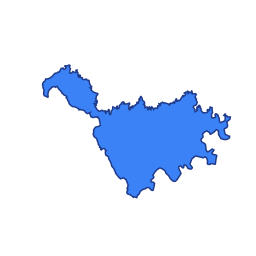 Tsuili-Tsuili, Leribe, Lesotho (Albers equal-area conic projection), rotated 205°
{"feature_id": "5366337B67330505907526", "entity_name": "Tsuili-Tsuili", "entity_type": "district", "adm_level": 2, "iso_a3": "LSO", "parent_name": "Lesotho", "parent_adm1": "Leribe", "projection": "albers", "projection_center": [27.748, -29.04], "detail": "fine", "context": "isolated", "style": "filled", "palette": "blue", "viewbox_px": 256, "rotation_deg": 205, "n_neighbors": 0, "source": "geoboundaries", "source_scale": "gbopen_adm2", "svg_char_len": 5899}
<svg xmlns="http://www.w3.org/2000/svg" viewBox="0 0 256 256"><g transform="rotate(205 128 128)"><path d="M81.4,187.6L84.1,186.1L84.8,186.5L84.8,187.5L85.9,188.5L86.1,188.2L85.7,186.9L86.4,186.5L87.6,186.5L87.9,184.9L88.8,186.4L89.7,186.5L89.8,185.4L90.8,184.9L91.7,183.5L90.3,183.4L89.9,182.7L90.9,180.1L91.7,180.8L92.0,180.6L92.7,174.8L93.9,174.4L94.5,173.1L95.0,172.8L96.1,174.7L96.6,174.8L96.7,172.3L96.3,170.3L96.6,170.1L97.8,170.7L98.3,169.0L99.6,168.7L100.4,167.7L99.8,167.0L100.1,166.4L101.8,166.8L105.3,166.3L106.7,165.8L107.5,166.0L107.9,165.0L108.8,164.5L108.4,162.6L109.9,163.2L110.3,163.1L109.2,161.6L109.6,160.7L110.4,160.5L109.6,159.4L109.8,158.1L111.0,158.1L111.7,157.3L112.6,156.9L112.6,155.7L115.4,157.3L115.6,156.6L114.9,156.0L115.3,155.1L115.0,154.2L115.8,154.3L116.7,155.9L117.6,156.2L117.7,155.6L116.5,154.8L117.5,154.1L117.7,153.0L118.1,153.1L118.2,154.1L119.1,155.1L120.3,154.7L121.2,153.5L121.8,154.1L122.3,155.8L123.9,156.0L123.3,157.2L124.0,158.3L124.5,158.7L126.3,159.1L128.4,161.5L129.7,162.0L129.9,161.7L129.6,160.8L130.3,158.8L128.9,158.5L129.8,156.7L129.1,155.0L130.7,154.9L130.2,153.3L131.0,152.2L131.1,151.5L132.0,150.1L133.1,150.0L133.6,149.4L133.6,148.8L132.6,149.1L132.3,148.6L133.2,147.7L133.9,148.5L134.3,148.4L134.5,146.9L134.1,145.2L134.9,145.2L135.6,145.9L135.6,147.2L136.8,148.4L136.6,150.4L137.2,151.2L139.7,148.9L140.9,148.8L142.0,147.9L142.4,148.1L142.4,149.6L143.6,149.6L144.6,147.8L144.3,146.4L145.0,145.6L145.3,144.2L144.5,142.8L145.0,141.4L145.9,140.8L146.3,142.3L147.0,143.2L147.3,142.8L147.1,141.6L147.4,140.7L150.6,140.8L149.8,137.9L150.3,136.4L149.7,134.6L149.6,133.0L150.1,132.5L150.7,132.8L152.4,136.2L153.2,136.6L153.5,136.3L153.1,135.6L153.1,134.6L154.5,134.1L154.4,132.1L155.2,132.5L155.7,133.9L158.1,132.8L159.1,133.1L161.0,131.0L163.3,131.4L167.3,133.8L166.3,134.9L166.5,135.6L167.0,135.8L168.5,135.4L169.0,135.7L167.3,136.5L166.6,137.8L167.6,138.5L168.8,138.1L168.6,138.7L167.3,139.3L167.7,139.8L169.7,140.6L169.6,141.8L170.2,143.7L169.6,145.5L169.9,146.4L174.1,145.9L177.4,146.8L177.7,148.2L179.3,148.4L178.3,149.4L178.3,150.0L180.8,151.2L183.1,153.9L183.3,154.6L185.5,154.2L186.7,154.7L187.9,153.4L189.7,153.0L190.9,154.3L192.8,153.6L193.3,155.3L194.1,155.7L194.3,155.3L194.1,153.8L194.5,153.3L195.5,154.4L196.5,156.6L198.4,158.0L198.7,159.0L199.6,158.2L198.7,156.8L199.1,155.9L201.9,155.8L202.3,153.8L204.3,153.4L205.0,155.5L205.1,157.2L206.7,158.3L207.0,160.1L207.8,160.3L209.8,158.3L211.3,157.9L211.4,157.2L209.7,156.6L209.8,155.0L210.7,154.1L212.2,154.9L213.8,153.7L213.8,151.1L214.2,149.4L215.0,149.2L215.7,147.8L217.4,146.6L218.6,142.5L220.3,139.7L222.4,137.9L223.3,137.7L223.1,135.3L223.8,134.5L224.1,132.8L223.8,131.2L222.7,130.2L222.6,129.4L221.5,128.0L220.3,127.3L218.9,123.3L217.6,122.0L216.7,121.9L215.9,122.1L213.9,121.9L213.5,122.4L215.0,125.0L215.6,128.1L215.3,129.9L214.5,131.2L214.5,132.6L211.8,134.7L210.8,134.3L209.8,135.8L207.7,134.3L202.9,132.3L202.4,131.5L201.6,131.6L200.0,130.9L197.2,130.9L196.7,130.6L196.9,129.4L194.8,128.3L194.0,127.2L192.8,126.7L191.7,125.2L189.4,124.3L187.2,124.0L184.8,124.8L183.3,124.8L180.2,124.4L180.2,123.8L179.1,124.2L178.6,124.7L176.3,125.2L174.1,125.1L173.0,124.2L171.0,123.9L170.4,124.2L168.8,126.1L168.8,125.0L167.6,123.7L166.9,123.5L166.5,122.6L165.4,122.6L164.1,122.7L161.8,124.4L160.9,124.6L160.4,125.3L159.9,125.3L159.6,124.6L157.7,123.9L156.4,121.7L155.6,121.1L154.3,118.7L154.7,117.7L157.9,114.9L158.4,111.8L157.4,110.0L156.8,107.3L155.5,106.6L155.2,105.9L151.7,105.1L150.5,103.4L149.3,102.6L148.1,100.7L145.9,99.4L145.5,98.4L144.3,98.7L143.6,96.9L142.9,96.9L142.1,98.6L140.8,99.4L139.7,99.0L139.2,98.3L138.2,98.2L138.6,97.6L138.2,96.2L137.1,94.5L136.1,93.8L135.1,94.1L133.4,93.4L132.4,91.9L128.9,89.4L126.5,86.5L123.4,85.1L122.2,83.7L120.4,82.6L120.3,81.9L115.6,79.5L113.3,78.8L110.9,81.0L107.6,80.1L104.1,76.7L103.2,74.6L103.5,73.1L102.6,72.8L102.6,72.2L102.0,71.9L102.3,71.3L101.8,70.1L102.0,69.4L100.8,68.1L97.6,68.4L93.7,67.5L93.5,68.3L90.6,68.6L91.0,70.6L90.0,72.8L90.1,74.9L89.8,76.5L88.3,78.9L86.5,80.4L85.6,82.2L83.6,82.8L81.0,81.7L79.6,81.6L78.9,82.4L80.4,88.9L81.9,89.6L84.4,89.0L85.0,89.6L84.9,91.1L83.7,93.8L83.9,94.5L85.5,95.8L85.1,99.1L84.0,102.7L82.4,105.1L81.4,105.5L77.7,105.3L75.4,104.2L74.6,103.1L70.9,101.9L68.4,100.1L65.5,99.0L63.6,99.1L62.6,99.8L61.8,101.4L60.7,109.1L65.2,113.2L65.6,114.5L65.1,115.4L64.2,115.9L62.1,115.0L61.2,115.1L60.9,116.0L61.6,117.9L60.9,118.6L58.8,118.4L56.5,116.7L54.4,117.0L53.3,117.7L52.9,118.6L53.1,119.5L55.7,120.8L56.4,121.4L56.7,122.4L57.1,126.8L55.3,130.8L54.3,131.4L47.3,132.8L45.5,134.5L44.3,134.1L43.0,133.0L41.9,131.5L41.1,129.3L40.3,128.9L38.4,129.5L37.6,131.0L34.1,131.8L33.6,132.2L35.3,137.7L35.8,140.4L36.8,140.8L39.6,140.0L41.3,140.5L41.4,141.1L40.7,143.9L41.0,144.5L42.8,144.5L44.9,140.9L45.7,140.0L46.3,140.0L48.1,141.4L50.7,145.6L51.9,146.3L55.3,146.5L57.2,148.5L56.2,151.1L56.5,152.2L57.9,154.0L57.3,155.8L56.2,157.8L55.0,158.7L52.0,158.2L51.1,157.2L50.4,157.3L48.3,160.7L47.2,163.8L46.1,164.0L44.7,163.3L43.1,160.3L39.3,157.7L36.3,158.1L33.8,159.2L32.3,161.1L31.9,162.1L32.4,163.5L34.1,163.2L37.4,163.5L40.2,167.2L40.3,168.1L39.0,169.7L38.4,171.0L39.0,172.7L41.1,175.4L39.3,178.9L39.9,181.2L42.7,180.2L43.7,180.8L44.7,180.5L45.5,181.7L46.0,181.7L46.5,179.9L44.6,179.6L43.2,175.5L46.4,172.1L47.6,172.3L49.6,175.5L51.1,176.6L51.6,177.6L53.7,178.2L54.6,177.9L54.8,176.9L53.6,175.5L53.3,174.5L55.8,172.8L56.8,173.1L58.1,175.8L57.9,177.9L59.0,179.2L60.4,182.0L62.4,181.7L61.8,178.4L63.3,178.5L63.7,178.2L63.6,177.3L62.5,176.7L62.9,175.6L64.8,174.2L66.4,173.5L68.9,174.5L70.0,176.4L71.3,177.2L71.8,178.2L73.2,178.6L73.4,178.0L72.6,177.3L72.5,176.7L74.1,176.6L74.3,175.9L73.8,174.1L73.0,174.3L72.4,173.5L74.0,171.0L74.6,171.6L75.1,172.9L77.4,174.3L77.9,175.5L75.9,177.8L76.1,180.6L78.2,182.2L78.3,183.3L79.4,183.7L80.3,184.6L80.4,187.4L81.4,187.6Z" fill="#3b82f6" stroke="#1e3a8a" stroke-width="1.5"/></g></svg>